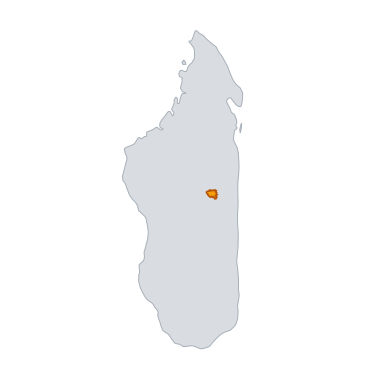 Andramasina, Analamanga, Madagascar (highlighted), rotated 343°
{"feature_id": "10022922B11040894453097", "entity_name": "Andramasina", "entity_type": "district", "adm_level": 2, "iso_a3": "MDG", "parent_name": "Madagascar", "parent_adm1": "Analamanga", "projection": "mercator", "projection_center": [47.78, -19.337], "detail": "fine", "context": "in_parent", "style": "filled", "palette": "amber", "viewbox_px": 384, "rotation_deg": 343, "n_neighbors": 0, "source": "geoboundaries", "source_scale": "gbopen_adm2", "svg_char_len": 5772}
<svg xmlns="http://www.w3.org/2000/svg" viewBox="0 0 384 384"><g transform="rotate(343 192 192)"><path d="M249.1,46.7L250.1,49.0L251.3,51.2L254.8,56.5L256.4,58.6L257.7,60.7L258.3,65.1L260.6,71.9L262.7,82.1L263.4,92.5L264.1,97.4L265.7,101.9L268.5,106.6L269.4,111.9L267.7,117.3L265.3,122.4L264.6,123.3L263.5,124.6L263.0,124.6L261.0,123.3L259.5,121.1L257.4,116.0L256.7,113.5L255.9,113.0L253.5,113.3L251.8,114.9L251.5,115.9L251.9,118.7L252.5,121.3L252.8,123.9L252.9,127.2L253.5,128.2L254.4,129.1L255.4,131.2L255.6,136.4L255.0,139.0L253.3,141.2L253.4,142.4L254.0,143.7L253.4,144.5L251.2,145.4L250.4,146.3L249.2,148.6L247.2,153.2L247.0,155.6L248.2,162.9L247.8,168.0L245.4,177.9L244.0,182.6L242.0,188.2L238.9,195.6L235.9,204.9L233.3,214.5L231.4,220.3L229.2,226.0L226.2,236.2L223.7,246.5L220.0,257.8L214.8,270.6L214.2,272.2L213.2,278.8L212.0,284.4L210.6,290.1L207.7,299.4L207.4,302.3L206.7,305.1L203.9,310.9L202.8,313.1L201.9,315.4L201.5,318.4L200.6,321.2L198.6,326.5L195.5,331.0L193.5,332.7L189.0,335.1L186.7,335.5L181.7,335.6L176.8,337.0L171.7,339.6L166.8,342.6L164.9,344.0L162.8,344.9L156.4,345.0L154.4,344.4L148.0,339.4L145.4,338.6L140.7,337.9L139.3,337.5L138.0,336.9L136.0,334.3L132.2,332.1L131.3,331.4L130.7,329.9L130.3,328.3L129.3,326.5L128.6,323.0L127.4,320.6L123.9,316.4L123.5,315.0L123.2,310.5L123.3,307.5L123.0,301.9L123.4,299.3L124.6,297.0L124.1,294.4L122.8,291.8L122.3,289.0L121.3,286.5L117.7,282.0L116.8,279.8L116.2,277.5L114.8,270.3L114.6,267.9L114.8,262.6L115.4,259.9L116.3,258.0L116.5,256.6L117.1,255.4L117.9,254.5L118.5,253.3L119.9,246.6L121.6,245.2L124.2,244.3L126.3,242.6L127.5,240.2L128.6,235.4L131.9,230.6L133.1,228.1L135.7,224.3L138.0,218.9L138.7,216.4L139.2,213.8L139.8,208.2L140.2,205.4L140.2,202.6L138.8,199.7L135.7,194.6L135.6,193.6L135.8,189.8L135.5,187.0L134.4,184.2L132.9,181.7L131.4,176.8L130.7,168.8L130.8,165.9L130.4,163.3L129.3,160.9L130.1,156.6L139.6,141.2L139.9,139.4L139.5,134.7L139.7,132.0L140.0,130.9L140.7,130.4L142.4,130.1L150.0,129.4L151.0,128.9L152.9,127.6L155.5,125.1L156.7,124.4L157.8,124.7L158.4,125.7L159.3,126.3L162.4,125.2L163.6,125.2L164.8,125.4L165.3,124.3L165.7,122.9L166.1,121.9L167.0,121.4L170.9,121.1L173.5,120.7L176.7,119.7L177.5,119.9L180.1,123.4L180.9,123.7L181.9,123.8L182.8,123.2L180.7,121.4L180.4,120.3L180.5,119.1L181.6,116.6L183.5,114.7L187.8,111.8L192.3,108.4L193.5,108.2L194.6,108.7L195.5,112.7L195.4,113.3L196.1,113.4L196.9,112.9L197.6,111.3L197.7,110.0L197.1,108.7L196.8,107.6L196.8,106.6L199.0,104.3L200.8,102.0L201.6,99.3L202.3,98.1L204.2,96.7L204.7,96.9L205.2,98.1L205.4,99.3L204.9,100.5L204.3,101.6L204.0,103.2L205.0,103.5L206.0,103.1L207.5,100.3L209.1,97.6L210.1,96.2L211.4,95.2L213.4,95.4L215.4,96.0L212.2,93.2L211.3,89.3L215.2,82.7L215.3,81.3L215.8,80.8L216.1,80.3L214.1,78.1L213.7,76.9L214.0,75.2L214.9,73.7L215.8,72.7L217.0,72.3L218.0,72.9L220.2,74.7L221.7,75.0L223.4,73.2L224.9,71.0L227.0,69.5L229.5,68.5L233.3,65.0L235.7,57.7L235.9,55.6L235.3,53.0L234.5,50.6L233.0,47.5L233.4,46.9L235.5,47.3L236.1,46.8L238.4,44.1L242.0,39.0L243.2,39.0L244.3,39.9L244.7,41.4L245.4,42.4L247.9,44.9L249.1,46.7ZM223.5,67.2L223.6,68.0L220.7,67.6L220.3,64.9L221.7,64.8L222.0,63.7L222.8,63.5L223.7,66.0L223.5,67.2ZM257.7,145.7L255.3,149.8L255.9,146.4L258.7,141.4L259.5,141.0L257.7,145.7Z" fill="#d9dde1" stroke="#a8b0b8" stroke-width="1"/><path d="M208.4,195.8L208.2,196.2L207.8,196.1L207.6,196.0L207.5,195.9L207.4,195.9L207.2,195.9L207.0,196.0L206.9,195.9L206.6,195.9L206.4,195.9L206.4,196.0L206.1,196.1L205.8,196.3L205.8,196.5L205.7,196.7L205.7,196.8L205.6,197.3L205.7,197.8L205.8,197.9L206.0,198.0L206.3,198.3L206.3,198.5L206.5,198.8L206.4,198.9L206.4,199.0L206.3,199.3L206.3,199.5L206.5,199.6L206.7,199.8L206.6,200.0L206.6,200.3L206.7,200.5L206.8,200.7L207.0,200.8L207.0,201.0L207.3,201.4L207.3,201.5L207.4,201.8L207.5,201.9L207.6,201.6L207.8,201.6L207.9,201.9L208.0,202.0L208.4,202.4L208.5,202.4L208.8,202.4L209.0,202.5L209.2,202.4L209.3,202.4L209.5,202.5L209.8,202.5L209.8,202.4L209.9,202.5L210.0,202.5L209.9,202.6L210.0,202.8L210.1,203.0L210.2,202.9L210.3,202.9L210.5,202.9L210.5,203.0L210.7,203.3L210.8,203.3L210.8,203.5L211.0,203.7L211.2,203.8L211.3,203.8L211.4,203.7L211.2,203.6L211.2,203.4L211.3,203.4L211.4,203.5L211.5,203.5L211.5,203.8L211.5,204.0L211.6,204.3L211.8,204.5L212.0,204.5L212.3,204.7L212.3,204.8L212.4,205.0L212.5,205.2L212.4,205.3L212.5,205.3L212.7,205.5L212.8,205.5L213.0,205.5L213.1,205.4L213.2,205.2L213.3,205.0L213.4,204.8L213.5,204.7L213.5,204.8L213.8,204.7L214.0,204.7L214.1,204.4L214.1,204.2L213.9,203.9L213.8,203.6L213.7,203.6L213.7,203.4L213.8,203.4L213.7,203.3L213.7,203.2L213.7,202.9L213.8,202.7L214.0,202.5L213.9,202.4L214.0,202.4L213.9,202.3L214.0,202.3L214.0,202.2L214.3,202.0L214.3,201.9L214.5,201.8L214.7,201.7L214.9,201.6L215.0,201.6L214.9,201.5L214.8,201.4L215.0,201.3L215.0,201.2L215.0,200.9L214.9,200.8L215.0,200.7L215.0,200.3L215.0,200.2L215.0,199.9L214.9,199.7L214.9,199.4L215.0,199.4L214.9,199.3L215.0,199.2L214.9,199.1L215.0,198.9L215.2,198.7L215.2,198.4L215.2,198.2L215.3,198.1L215.2,198.1L215.3,198.0L215.2,198.0L215.3,198.0L215.3,197.9L215.2,197.9L214.9,197.8L214.7,197.7L214.8,197.5L214.7,197.4L214.8,197.2L214.7,197.1L214.8,196.9L214.6,196.8L214.1,196.7L214.0,196.8L213.9,196.9L213.6,197.0L213.5,196.9L213.4,196.8L213.2,196.8L212.9,196.8L212.9,196.7L213.0,196.6L212.9,196.6L212.7,196.7L212.5,196.4L212.3,196.4L212.2,196.4L212.0,196.5L211.9,196.4L211.8,196.2L211.7,196.1L211.4,196.1L211.2,196.2L211.1,196.3L210.9,196.2L210.7,196.2L210.6,196.4L210.4,196.3L210.5,196.3L210.4,196.2L210.2,196.1L210.2,195.9L210.3,195.7L210.2,195.5L210.0,195.4L210.0,195.5L209.9,195.7L209.9,195.9L209.8,196.0L209.6,196.2L209.4,196.0L209.2,196.1L209.1,195.9L209.1,195.7L208.9,195.6L208.7,195.8L208.5,195.7L208.4,195.8L208.4,195.8Z" fill="#f59e0b" stroke="#b45309" stroke-width="1.5"/></g></svg>